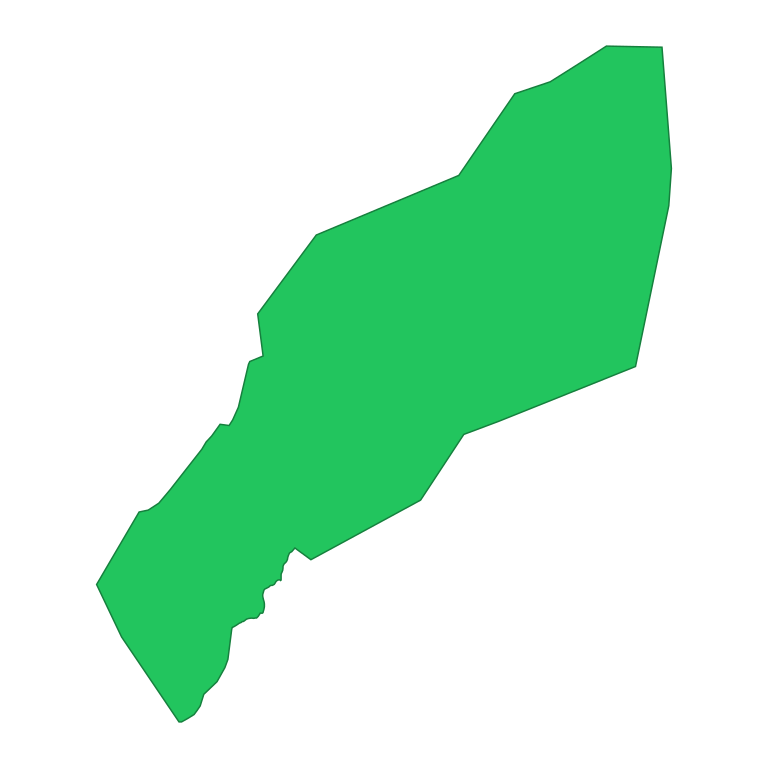 Santa María Texcatitlán, Oaxaca, Mexico (Equal Earth projection)
{"feature_id": "50627088B79643690823541", "entity_name": "Santa María Texcatitlán", "entity_type": "district", "adm_level": 2, "iso_a3": "MEX", "parent_name": "Mexico", "parent_adm1": "Oaxaca", "projection": "equal_earth", "projection_center": [-97.07, 17.719], "detail": "fine", "context": "isolated", "style": "filled", "palette": "green", "viewbox_px": 768, "rotation_deg": 0, "n_neighbors": 0, "source": "geoboundaries", "source_scale": "gbopen_adm2", "svg_char_len": 1577}
<svg xmlns="http://www.w3.org/2000/svg" viewBox="0 0 768 768"><path d="M96.6,584.5L121.6,637.0L179.0,721.9L181.6,721.9L188.5,718.0L194.1,714.5L197.0,710.6L200.2,705.9L203.8,694.3L217.0,681.7L224.9,667.6L227.9,659.4L231.7,629.4L232.2,627.5L233.7,626.8L235.6,625.7L237.9,624.2L239.3,623.2L241.1,622.5L242.2,621.6L243.6,621.4L244.1,621.0L245.3,620.1L246.4,619.2L248.5,618.5L250.5,618.2L252.0,618.1L253.0,618.3L253.9,618.3L255.4,618.0L256.6,618.0L257.4,617.2L258.2,616.4L259.1,615.0L259.7,614.1L260.2,613.2L260.6,613.1L261.8,613.2L262.5,613.1L263.0,612.6L263.4,611.1L263.9,609.4L264.4,606.8L264.4,603.9L264.1,601.9L263.5,599.8L263.0,597.7L262.7,596.0L262.8,594.2L263.4,592.2L263.9,590.2L265.0,588.9L266.2,588.4L268.3,587.3L269.5,586.5L270.1,585.7L270.9,585.4L272.2,585.4L273.3,584.9L274.3,584.3L275.3,582.8L276.0,581.5L277.3,580.4L278.2,580.0L279.4,579.8L280.2,580.1L280.5,580.5L281.0,580.2L281.1,579.6L281.1,578.9L281.1,577.1L281.1,575.2L281.2,573.8L282.0,572.1L282.7,570.3L283.0,568.0L283.0,566.4L283.5,565.1L283.9,564.3L284.4,563.6L285.7,562.5L286.6,561.3L287.5,559.3L287.7,557.7L288.3,555.7L289.5,553.0L291.8,551.6L294.9,548.0L310.9,559.7L420.6,500.1L463.8,434.4L498.5,421.4L568.4,393.4L635.5,366.5L668.8,205.7L671.4,168.5L668.2,126.9L662.0,47.2L606.4,46.1L574.8,66.3L550.2,81.8L514.8,93.7L492.0,126.9L458.8,175.4L316.3,235.0L257.7,313.9L263.1,356.0L249.8,361.5L248.5,364.3L238.4,407.2L232.7,419.9L229.1,425.5L220.1,424.3L211.7,436.0L206.2,441.9L201.8,449.3L170.0,489.9L158.8,503.2L148.2,510.1L139.1,512.0L96.6,584.5Z" fill="#22c55e" stroke="#15803d" stroke-width="1.5"/></svg>